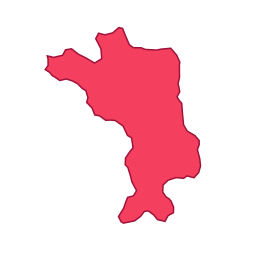 outline of Bengtsfors, Västra Götaland, Sweden, rotated 346°
{"feature_id": "70781695B25080467136500", "entity_name": "Bengtsfors", "entity_type": "district", "adm_level": 2, "iso_a3": "SWE", "parent_name": "Sweden", "parent_adm1": "Västra Götaland", "projection": "albers", "projection_center": [12.194, 59.012], "detail": "fine", "context": "isolated", "style": "filled", "palette": "rose", "viewbox_px": 256, "rotation_deg": 346, "n_neighbors": 0, "source": "geoboundaries", "source_scale": "gbopen_adm2", "svg_char_len": 1383}
<svg xmlns="http://www.w3.org/2000/svg" viewBox="0 0 256 256"><g transform="rotate(346 128 128)"><path d="M67.1,38.5L67.1,41.7L65.6,48.0L61.8,51.3L65.6,55.2L67.0,58.6L69.5,61.1L73.3,65.4L80.1,65.5L85.4,68.9L89.8,72.8L93.2,78.6L96.1,81.5L96.5,88.8L94.1,93.2L98.0,100.0L98.9,107.3L103.3,109.3L108.2,115.1L113.0,116.1L117.4,117.6L123.7,124.9L125.7,135.1L129.1,138.5L128.1,148.3L123.7,151.7L118.3,156.6L116.4,162.9L118.3,166.3L118.8,175.1L118.8,181.5L121.2,190.8L116.8,195.2L110.9,195.2L108.0,199.1L104.6,204.5L99.6,209.4L97.3,211.7L98.6,217.2L100.6,219.2L111.9,219.7L118.8,216.8L123.7,212.9L127.6,213.3L132.0,218.7L134.5,224.1L141.2,227.5L141.3,227.6L145.7,222.7L151.6,221.2L153.1,215.8L152.1,209.4L150.6,206.5L148.2,204.0L146.2,198.6L148.2,191.8L154.5,188.3L162.8,187.8L169.7,190.3L173.6,188.8L180.0,192.2L185.8,188.3L186.1,187.8L189.2,182.4L190.2,175.0L190.1,165.8L193.1,161.3L194.0,157.4L191.1,151.6L184.7,145.3L182.7,138.4L184.1,128.7L186.1,117.0L184.6,114.1L183.1,109.7L187.0,105.3L187.4,97.0L190.3,91.2L191.3,86.8L193.2,79.0L194.2,76.7L192.8,69.0L188.7,60.9L188.4,60.9L178.5,59.4L174.9,59.4L163.7,55.9L160.1,53.3L152.5,51.3L149.4,47.3L147.9,38.1L146.8,30.0L143.3,28.4L136.2,32.0L128.0,32.0L122.4,28.9L118.3,33.5L120.9,44.7L119.3,54.4L111.2,56.9L104.6,50.3L97.5,44.2L92.4,37.5L86.3,37.0L82.2,41.6L73.0,41.5L67.1,38.5Z" fill="#f43f5e" stroke="#9f1239" stroke-width="1.5"/></g></svg>